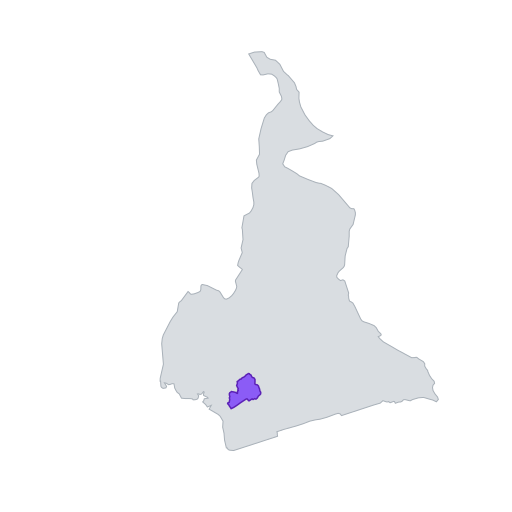 Nyong-et-Kelle, Centre, Cameroon (highlighted), rotated 342°
{"feature_id": "32672807B27096701160694", "entity_name": "Nyong-et-Kelle", "entity_type": "district", "adm_level": 2, "iso_a3": "CMR", "parent_name": "Cameroon", "parent_adm1": "Centre", "projection": "orthographic", "projection_center": [10.8, 3.763], "detail": "fine", "context": "in_parent", "style": "filled", "palette": "violet", "viewbox_px": 512, "rotation_deg": 342, "n_neighbors": 0, "source": "geoboundaries", "source_scale": "gbopen_adm2", "svg_char_len": 4952}
<svg xmlns="http://www.w3.org/2000/svg" viewBox="0 0 512 512"><g transform="rotate(342 256 256)"><path d="M126.1,345.4L127.1,342.7L134.5,330.3L139.2,310.3L141.3,305.6L143.4,302.5L154.1,291.9L158.1,288.5L163.9,284.6L168.0,276.8L169.4,276.0L171.2,275.4L180.4,268.8L181.2,270.1L181.8,271.6L182.5,272.4L185.5,272.9L189.5,272.8L191.9,272.4L193.1,271.0L194.4,267.4L195.2,266.7L196.1,266.5L200.6,269.1L207.9,276.3L209.8,277.6L210.6,279.0L212.2,285.6L213.1,287.2L214.7,287.9L217.6,287.5L220.6,286.3L223.2,284.6L225.8,282.4L227.5,280.5L228.3,279.0L228.6,273.6L229.2,272.5L238.8,264.7L238.5,263.9L237.0,261.7L235.6,259.3L237.0,256.8L238.4,254.9L244.0,248.5L244.3,243.8L248.7,236.4L251.2,226.7L251.3,224.8L257.0,214.1L263.1,213.1L265.4,211.6L268.1,209.0L269.8,206.5L270.6,204.1L271.2,199.6L272.2,194.4L272.9,189.9L274.6,185.7L277.7,183.6L282.9,181.8L283.7,181.0L284.4,178.2L285.1,169.0L286.0,164.9L290.8,160.3L292.9,153.1L294.8,145.5L300.2,136.4L306.6,127.3L309.5,124.9L312.1,123.7L315.0,123.6L316.9,122.9L323.8,118.4L326.7,116.8L328.8,115.3L329.3,113.9L329.5,111.9L328.8,107.2L329.9,103.8L330.5,98.5L330.8,94.3L330.5,92.9L329.2,90.5L327.1,87.9L323.6,86.4L318.8,86.0L316.3,85.1L315.3,80.3L315.0,77.3L311.5,61.6L317.6,61.6L324.8,63.5L326.7,64.9L327.7,70.3L330.3,73.3L335.0,75.8L337.9,81.0L339.2,88.9L341.8,93.6L342.4,94.3L346.1,103.2L346.4,107.3L346.1,110.1L347.6,113.5L345.5,119.4L344.9,123.0L344.7,128.0L346.2,137.0L348.4,143.8L350.8,149.4L353.4,153.7L357.6,158.5L362.1,162.8L366.3,165.5L362.5,167.2L355.0,167.4L350.8,166.5L348.7,166.5L346.7,167.1L338.8,167.9L330.7,167.6L323.3,166.5L318.8,166.7L315.3,169.4L312.5,173.4L309.9,176.6L310.9,180.1L312.9,182.0L316.8,186.3L320.3,190.4L322.1,193.2L329.0,199.2L335.7,204.6L338.9,206.5L340.0,206.9L343.7,210.0L348.8,215.1L353.5,223.1L360.1,239.1L361.5,240.5L363.7,241.3L364.0,243.0L363.9,245.5L363.2,247.6L358.1,256.0L353.6,259.3L352.3,261.2L350.7,266.1L346.6,275.7L344.9,277.0L340.8,283.5L337.6,291.7L336.7,293.0L335.4,294.0L330.6,296.1L329.0,297.1L326.6,299.7L326.3,301.3L327.4,303.6L328.8,305.5L331.3,305.5L332.7,307.2L332.7,319.9L331.6,321.8L331.7,322.6L331.1,324.8L331.0,327.3L331.3,328.2L332.3,329.0L333.6,330.7L334.4,334.6L336.1,348.3L336.8,350.4L338.2,351.9L342.4,354.9L346.8,358.7L348.2,361.3L349.0,365.4L350.7,368.6L350.7,369.7L350.0,370.2L347.3,370.5L348.2,372.8L350.5,376.9L361.8,389.5L372.6,400.8L375.2,401.6L377.1,401.8L377.9,402.5L378.9,404.1L382.5,408.2L383.2,410.6L382.4,412.9L383.2,416.4L383.9,417.7L383.7,418.8L384.1,423.1L385.1,426.9L386.7,430.1L386.5,432.3L384.4,433.6L383.2,435.7L382.8,438.6L383.5,442.1L385.1,446.3L385.1,448.8L382.5,450.4L379.6,447.6L376.5,445.6L371.7,442.3L366.8,441.1L360.6,440.9L357.9,441.4L353.3,438.6L351.8,438.3L349.8,439.4L348.3,439.5L346.6,439.0L343.0,439.1L342.7,437.2L342.1,436.8L338.2,437.0L337.1,435.4L336.6,435.6L335.0,435.1L332.0,432.8L328.7,434.3L322.0,434.1L288.0,434.2L287.2,432.1L285.5,431.0L282.5,430.9L273.5,431.3L266.5,431.0L261.9,430.2L256.1,429.7L249.0,430.1L241.7,430.1L228.7,429.5L221.5,429.6L221.6,430.9L221.2,431.9L220.8,434.1L174.6,434.1L170.9,432.5L169.7,431.5L169.4,429.7L168.5,429.4L169.2,421.4L170.8,414.7L171.4,408.5L173.6,402.9L172.4,397.4L171.1,395.0L164.1,387.2L167.3,384.2L163.1,384.6L162.2,381.7L160.2,378.3L161.4,377.7L162.7,375.8L166.5,376.4L166.3,375.5L163.1,372.5L163.4,371.1L164.7,369.4L164.1,368.7L161.7,370.4L160.0,370.4L158.7,369.3L157.7,369.1L158.3,371.3L157.0,373.3L155.7,374.0L153.6,373.9L151.8,373.4L151.4,372.3L149.7,371.4L145.1,369.9L141.2,368.2L140.4,363.4L138.9,361.4L138.3,359.0L137.9,356.4L138.5,352.3L137.5,351.7L136.4,351.5L134.7,351.6L133.1,351.4L131.3,349.2L129.7,348.3L130.7,352.4L129.5,353.6L126.7,353.2L125.5,351.7L125.3,350.5L126.6,345.5L126.1,345.4Z" fill="#d9dde1" stroke="#a8b0b8" stroke-width="1"/><path d="M212.7,365.5L212.3,365.4L211.4,365.8L210.4,365.9L210.1,365.9L209.5,366.3L209.2,366.6L208.9,366.7L208.1,367.0L206.8,367.5L205.6,367.5L204.2,368.0L203.7,368.5L202.5,368.3L200.7,369.2L199.3,369.6L199.2,370.5L198.9,371.3L198.8,371.7L198.4,372.2L197.6,373.1L197.7,374.7L198.1,376.8L197.6,377.3L197.3,378.0L197.5,378.5L197.3,378.6L196.5,379.1L196.3,380.0L195.9,380.9L195.3,380.6L194.5,379.5L193.1,378.6L192.0,378.0L190.8,377.4L190.7,377.3L189.7,377.8L188.9,377.9L188.4,378.4L188.1,378.7L187.8,379.7L187.7,380.3L187.7,381.0L187.6,381.8L186.8,382.7L186.7,384.3L185.3,386.9L184.0,386.9L183.4,387.7L184.1,389.1L184.4,390.7L184.9,392.3L185.2,393.5L188.1,393.1L188.4,393.0L191.4,392.2L196.1,390.7L202.0,389.1L202.9,389.0L203.0,389.0L203.5,389.3L203.9,390.4L204.2,391.2L204.6,391.6L205.1,391.5L207.5,390.8L208.3,390.8L208.7,391.5L209.3,391.6L210.6,391.2L211.7,392.1L213.3,391.5L214.9,390.0L216.0,389.5L216.9,389.2L217.8,388.6L218.4,387.0L218.0,385.6L218.3,383.4L218.1,381.6L218.2,380.5L217.7,379.5L217.5,379.0L215.8,378.0L215.4,377.2L216.2,375.2L216.9,373.0L216.4,371.3L215.2,370.5L215.1,370.4L214.6,369.4L214.5,367.7L213.5,366.6L213.3,365.9L212.7,365.5Z" fill="#8b5cf6" stroke="#5b21b6" stroke-width="1.5"/></g></svg>